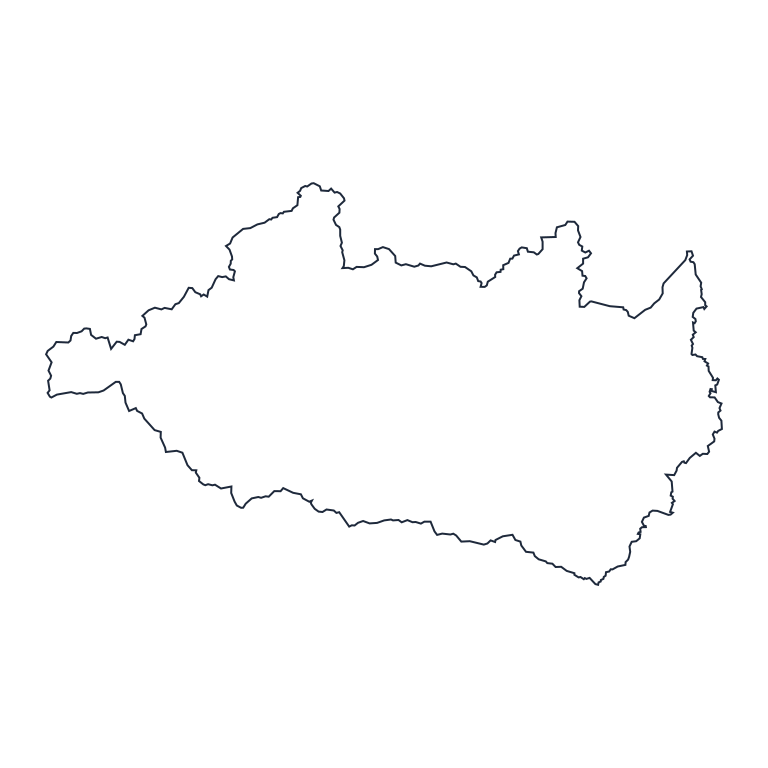 the district of El Chaco, Napo, Ecuador
{"feature_id": "8360857B77920880428732", "entity_name": "El Chaco", "entity_type": "district", "adm_level": 2, "iso_a3": "ECU", "parent_name": "Ecuador", "parent_adm1": "Napo", "projection": "mercator", "projection_center": [-77.649, -0.244], "detail": "fine", "context": "isolated", "style": "outline", "palette": "slate", "viewbox_px": 768, "rotation_deg": 0, "n_neighbors": 0, "source": "geoboundaries", "source_scale": "gbopen_adm2", "svg_char_len": 6095}
<svg xmlns="http://www.w3.org/2000/svg" viewBox="0 0 768 768"><path d="M68.3,342.5L56.3,342.0L53.4,346.6L47.7,350.9L46.1,354.3L51.6,362.3L48.5,370.6L51.1,375.7L50.3,378.6L48.1,380.7L49.6,390.3L47.6,392.9L49.9,396.7L51.4,397.5L56.9,394.6L71.2,392.1L76.8,393.8L80.0,393.1L83.2,393.9L87.8,392.5L98.4,392.3L103.6,390.5L115.7,381.9L119.2,381.9L120.8,384.4L122.9,393.1L124.8,395.9L125.5,402.6L129.1,411.0L135.8,408.1L137.1,410.9L142.1,413.5L144.3,418.6L154.6,430.1L160.8,431.9L160.6,437.6L165.1,447.6L165.9,452.0L176.7,450.8L182.4,452.7L187.5,465.2L191.9,470.2L196.3,470.3L195.8,472.6L199.4,477.8L199.0,481.0L203.3,484.4L205.3,485.2L208.1,484.2L212.4,485.3L215.0,484.7L221.0,488.5L231.4,486.5L231.2,493.0L234.6,501.6L236.8,505.5L241.1,507.8L243.2,507.7L245.7,503.7L251.7,498.4L258.3,497.0L261.1,497.8L265.6,496.3L268.7,496.7L274.3,491.1L280.6,491.2L283.2,488.1L293.1,492.8L300.9,494.3L302.9,498.3L309.2,501.7L311.9,500.6L310.8,502.7L311.4,504.3L314.7,508.8L318.6,511.6L322.5,512.0L326.5,509.5L333.8,510.5L336.4,512.9L339.2,512.2L349.2,526.6L351.8,525.3L354.6,525.5L358.0,522.8L363.1,521.0L369.6,523.4L377.1,522.9L384.2,520.4L391.0,519.5L393.0,520.4L398.5,520.0L401.7,522.3L407.4,520.1L412.5,522.2L415.7,522.0L420.9,523.6L424.3,521.7L430.6,521.7L434.5,531.4L437.1,534.9L442.2,533.6L450.4,534.5L453.3,533.7L456.2,535.5L461.3,541.6L469.8,541.2L483.8,544.6L487.4,543.5L490.6,540.4L495.1,542.0L495.5,540.0L502.8,536.3L512.5,534.8L515.4,540.0L520.4,541.6L521.3,545.5L526.0,551.8L533.4,552.6L534.8,556.1L538.7,559.3L545.8,561.4L547.3,563.1L552.4,563.7L555.6,567.0L561.2,566.8L566.7,570.9L574.4,573.2L574.4,574.8L578.6,577.4L580.5,577.0L583.8,579.2L584.8,578.1L586.4,578.9L589.6,577.9L595.4,584.1L598.1,584.8L598.6,582.4L600.7,581.5L600.9,580.0L603.4,578.9L603.8,576.9L605.6,575.7L606.0,572.2L609.2,571.5L610.7,569.3L612.5,569.4L617.7,566.5L625.4,564.9L625.6,562.1L628.1,559.6L629.1,556.8L630.2,551.8L629.5,546.5L631.7,541.8L636.2,541.2L639.7,538.3L640.3,534.3L637.9,533.9L638.6,532.5L640.6,531.9L640.2,528.7L642.0,527.2L645.9,527.1L645.7,526.0L644.0,525.8L641.9,521.9L643.9,517.6L648.7,515.9L649.5,512.5L652.6,510.6L657.4,510.9L668.4,514.9L670.6,514.6L672.8,512.7L670.1,511.9L672.9,504.2L671.9,502.9L674.6,501.0L672.6,498.7L672.8,496.7L670.7,495.6L671.3,492.3L672.5,491.6L671.7,481.5L666.0,474.6L674.2,475.1L676.6,470.6L677.0,467.8L682.0,461.9L683.8,461.3L684.4,462.7L686.0,463.1L689.8,457.9L695.9,452.8L699.8,455.9L702.8,453.8L707.3,454.0L709.1,451.7L707.8,446.0L714.2,441.4L714.5,438.7L712.8,434.5L714.5,431.6L717.0,432.6L718.2,430.9L721.9,429.0L721.4,420.7L719.1,417.8L718.2,414.2L718.3,412.4L720.5,410.6L719.5,408.1L721.5,403.5L717.9,402.1L714.6,397.4L710.0,397.3L708.8,396.0L710.5,393.2L709.6,391.8L710.5,389.0L711.8,389.2L711.4,390.9L715.9,392.2L715.3,385.4L717.2,384.5L718.9,379.8L717.4,378.5L715.9,380.3L712.7,380.1L713.0,377.8L708.7,370.9L708.5,366.5L706.9,365.6L708.1,363.5L704.5,361.3L705.3,359.0L702.9,358.9L702.3,357.2L697.1,356.2L695.5,354.5L692.4,355.0L691.5,354.0L692.4,347.8L691.7,345.6L693.0,344.0L690.9,339.8L693.7,337.1L692.8,334.7L695.7,332.3L693.7,330.6L693.0,322.5L694.6,323.2L695.8,321.3L695.4,319.0L692.7,316.9L693.3,312.8L696.5,308.6L703.4,307.1L704.3,309.0L706.6,306.4L705.2,305.2L705.2,302.2L701.0,297.0L701.7,294.2L701.1,289.9L701.8,289.3L700.6,286.3L701.2,282.7L695.7,274.5L694.7,264.2L693.4,262.2L690.6,261.7L689.6,259.4L693.0,255.7L691.5,251.3L686.9,251.5L687.2,255.1L685.3,260.1L663.6,283.4L662.5,287.2L662.7,293.4L659.2,299.5L654.2,303.4L650.7,307.6L645.2,309.8L634.4,318.2L628.7,315.7L627.8,311.9L626.2,310.1L623.6,309.5L623.2,307.3L609.8,306.2L591.4,301.4L590.0,301.6L584.3,306.9L579.7,306.7L579.4,300.2L581.4,296.2L579.0,293.1L579.1,291.2L582.7,288.7L584.0,282.3L586.6,278.3L585.2,276.0L582.5,275.7L582.1,271.1L577.3,268.2L583.1,263.6L583.1,258.7L588.0,257.3L591.0,253.3L589.0,250.7L585.3,252.5L581.8,250.6L582.3,246.5L579.2,244.8L578.0,242.3L580.5,237.0L578.0,230.4L578.2,226.1L574.5,221.8L567.5,221.6L565.3,225.0L556.9,227.3L555.5,233.1L555.7,237.0L541.2,237.4L542.6,241.7L542.6,249.2L538.3,254.0L536.8,254.5L533.8,252.3L527.9,251.7L526.8,248.2L521.7,247.4L519.6,248.6L517.9,251.1L518.9,254.4L514.0,255.6L512.4,258.6L510.2,258.7L508.5,262.9L503.2,265.2L503.3,269.2L500.7,269.7L500.5,271.9L496.6,272.3L495.1,274.7L495.2,277.0L487.8,281.7L486.8,285.4L484.7,286.9L480.6,286.8L481.6,283.1L480.6,281.5L478.2,281.1L476.8,277.4L473.4,275.4L471.3,271.3L465.0,267.0L460.5,266.8L455.8,263.6L453.3,264.3L446.6,262.5L431.2,266.3L424.9,265.7L420.0,263.6L418.4,265.5L414.3,266.7L405.9,264.2L401.3,265.4L395.7,262.6L395.2,256.0L389.0,249.1L382.9,247.1L378.2,249.1L375.0,249.1L374.9,253.6L377.2,256.5L378.0,260.0L371.5,264.8L364.0,267.2L356.6,266.9L352.9,269.3L348.3,267.8L342.5,268.1L343.8,266.1L344.4,260.3L342.2,252.2L342.7,250.3L340.5,246.0L341.9,242.7L340.2,235.9L340.2,229.6L339.3,227.1L336.0,224.9L333.5,219.7L334.1,217.5L339.4,212.7L339.6,209.0L338.3,206.4L344.5,200.6L344.0,198.3L340.2,193.5L337.1,192.0L334.6,192.6L331.1,188.6L328.5,191.0L321.2,190.5L319.8,186.3L313.7,183.2L311.5,183.5L307.2,186.5L305.2,186.0L301.2,188.1L300.1,190.8L297.6,192.8L300.8,195.8L300.3,196.9L298.1,197.2L297.4,205.2L292.9,208.3L291.6,210.9L283.9,211.8L282.8,213.4L280.5,213.1L278.8,214.0L277.1,217.1L272.5,217.8L271.2,219.5L269.3,219.2L264.6,222.7L257.4,224.4L250.3,228.1L243.1,228.9L232.6,237.5L230.1,243.5L226.0,246.0L229.5,249.6L232.0,256.5L232.2,259.4L230.8,260.8L230.7,263.7L228.9,266.9L229.9,269.5L233.6,270.0L234.9,271.3L233.3,277.2L233.9,280.4L229.0,279.2L225.8,276.4L222.2,277.1L218.2,276.1L215.6,279.2L211.7,287.7L208.5,290.1L207.2,296.6L203.7,294.5L201.1,296.3L200.2,294.3L195.3,292.2L192.3,288.1L188.7,287.8L183.9,296.8L178.8,303.1L175.4,304.2L171.7,309.3L164.6,307.9L161.4,309.4L154.9,307.7L148.6,310.3L142.4,315.9L144.5,317.7L146.3,324.4L145.5,326.4L141.5,329.0L140.6,334.2L134.9,335.2L134.5,339.0L133.1,341.3L128.4,339.7L124.8,344.8L119.6,341.9L116.7,341.7L111.1,348.9L107.6,337.5L105.2,338.2L101.7,337.0L96.0,338.7L91.1,334.9L89.9,328.9L86.4,328.4L84.2,328.6L81.6,331.3L77.0,333.0L73.3,332.9L71.2,336.0L70.5,340.5L68.3,342.5Z" fill="none" stroke="#1e293b" stroke-width="2"/></svg>